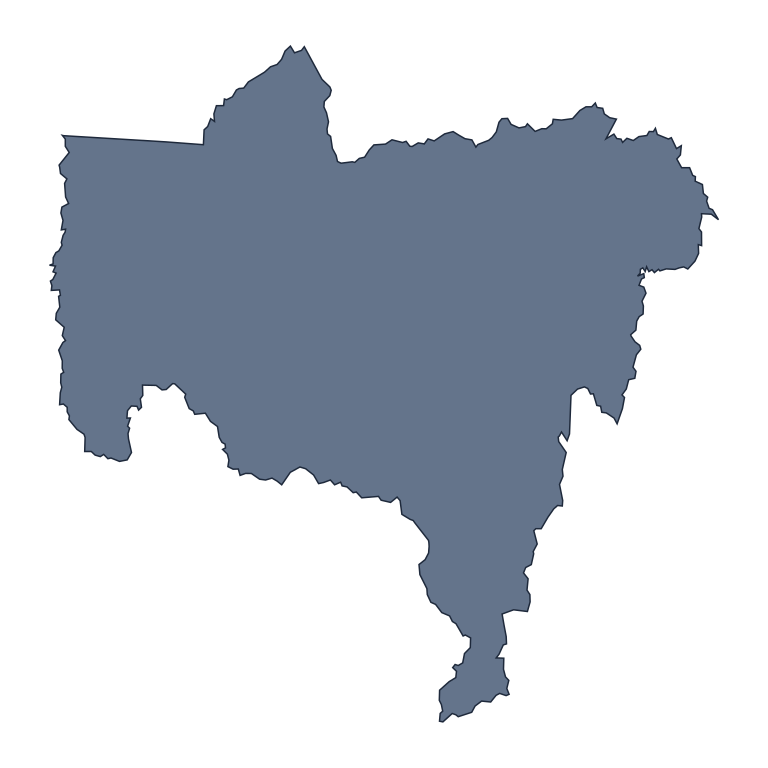 outline of Utuado, Puerto Rico
{"feature_id": "32010507B18801000784875", "entity_name": "Utuado", "entity_type": "district", "adm_level": 2, "iso_a3": "PRI", "parent_name": "Puerto Rico", "parent_adm1": "", "projection": "equal_earth", "projection_center": [-66.695, 18.25], "detail": "fine", "context": "isolated", "style": "filled", "palette": "slate", "viewbox_px": 768, "rotation_deg": 0, "n_neighbors": 0, "source": "geoboundaries", "source_scale": "gbopen_adm2", "svg_char_len": 5005}
<svg xmlns="http://www.w3.org/2000/svg" viewBox="0 0 768 768"><path d="M616.4,119.1L609.7,117.7L604.3,113.9L602.7,108.3L597.1,107.5L595.3,103.0L591.7,106.8L586.0,106.8L579.9,110.5L572.6,118.6L561.5,120.1L553.2,119.3L552.4,123.8L546.2,128.8L541.8,128.7L535.1,131.4L527.4,123.8L525.5,126.6L519.0,127.9L511.1,124.4L507.6,118.4L501.9,118.7L499.0,122.2L496.3,131.9L492.1,137.5L488.7,140.3L477.9,144.5L475.9,147.1L471.9,139.9L465.0,138.7L458.7,135.1L453.1,131.6L444.6,133.9L434.2,140.9L428.0,138.9L424.2,144.0L423.8,143.8L418.2,142.9L412.1,146.5L409.8,146.2L406.1,141.3L402.6,142.5L392.0,139.8L385.5,144.1L373.9,144.9L369.3,149.9L364.6,157.2L359.3,158.4L354.8,162.4L352.3,161.8L341.1,163.2L337.5,161.5L336.1,155.4L332.4,148.5L330.6,136.4L327.5,133.9L327.0,129.0L328.5,121.8L326.5,112.8L323.9,107.0L324.3,101.5L329.8,95.6L331.2,90.3L329.9,87.0L322.0,79.4L304.3,46.7L301.5,50.4L294.5,52.8L290.4,46.1L285.1,51.0L281.6,59.3L277.1,64.5L270.5,66.8L264.5,72.2L248.4,81.9L243.7,88.1L239.1,88.5L236.4,90.0L232.4,96.8L226.7,99.7L224.4,99.0L223.6,105.6L216.4,105.7L213.9,113.9L214.5,121.4L210.7,118.7L207.7,126.5L204.1,129.8L203.4,144.7L166.1,141.9L143.6,140.5L141.5,140.4L63.7,135.7L62.4,135.4L65.3,139.1L65.3,146.3L69.2,152.5L59.1,165.1L59.7,167.4L60.5,173.5L66.9,178.9L64.6,183.4L65.6,197.0L68.6,203.5L61.9,207.1L60.9,213.0L63.0,220.4L61.3,229.9L65.6,229.2L65.1,232.2L63.1,235.3L61.3,242.4L62.1,245.2L58.8,250.9L55.9,252.6L53.2,257.7L53.1,263.9L49.5,265.2L55.5,266.1L53.0,271.8L56.1,273.1L52.8,279.5L50.4,281.1L51.9,285.6L51.3,290.4L59.5,289.9L60.4,295.3L58.6,296.3L59.8,307.2L56.3,313.3L55.7,319.8L64.2,327.3L62.3,335.6L65.5,340.6L62.9,342.5L58.7,350.1L62.3,360.8L62.2,368.3L63.7,372.3L60.9,374.1L60.7,382.8L61.8,387.2L60.3,392.7L59.6,404.7L63.4,404.0L67.2,407.3L67.2,411.8L69.4,415.9L68.9,419.6L77.0,429.4L84.0,434.2L85.1,437.5L84.7,451.5L91.3,451.5L95.1,455.1L100.3,456.6L103.7,454.4L107.9,458.7L111.0,458.0L119.5,461.4L127.2,459.9L131.5,452.5L128.5,438.9L128.0,433.6L129.6,428.2L127.6,426.2L130.4,418.0L126.9,418.1L127.5,410.7L131.3,406.0L137.0,406.3L138.6,410.1L141.5,407.3L140.3,398.8L142.8,395.4L142.5,385.1L156.2,385.4L162.0,389.9L166.2,389.5L172.6,383.6L174.7,383.8L185.7,394.1L184.7,397.3L189.2,408.6L193.3,410.9L194.7,414.3L205.4,413.2L210.5,421.4L217.5,426.5L219.2,437.3L222.0,442.4L225.1,444.1L225.5,447.9L222.6,449.4L227.4,454.2L228.9,460.2L227.9,466.6L233.1,469.2L238.3,469.0L240.1,475.4L245.6,473.4L251.4,473.5L259.6,479.2L265.6,480.0L272.0,478.1L277.1,481.1L281.7,484.8L290.3,472.3L299.9,467.0L305.6,468.7L313.6,475.0L318.6,483.6L323.6,482.5L330.4,480.0L334.6,484.8L340.6,482.2L341.5,484.3L342.1,485.9L347.0,486.9L353.2,492.7L356.3,492.0L361.7,497.8L378.5,496.4L381.1,500.2L390.6,502.4L397.1,497.1L400.1,500.6L401.9,514.4L410.2,519.4L413.2,520.5L415.1,523.2L428.5,540.4L428.9,542.6L429.1,546.4L428.6,553.0L425.1,559.7L419.0,564.5L419.9,574.6L426.9,588.6L427.3,594.6L430.9,602.3L435.6,604.4L441.8,612.6L449.6,615.9L452.4,621.5L456.0,623.7L463.1,636.0L465.3,635.0L470.6,637.9L470.3,647.6L464.5,653.5L462.7,662.9L458.2,665.5L455.1,664.5L452.7,667.6L456.5,671.3L455.8,677.6L449.2,681.6L439.6,690.2L439.3,700.3L441.4,704.6L442.7,711.2L440.2,713.4L439.5,721.2L442.9,721.9L452.2,713.5L455.9,714.8L458.2,716.7L471.7,712.3L475.1,706.0L481.6,701.1L490.7,702.0L496.1,695.3L499.7,693.4L506.1,695.6L509.1,694.3L506.8,688.5L508.8,680.4L505.5,676.9L503.5,669.3L503.8,658.2L496.2,657.9L499.1,654.1L503.3,644.9L506.5,643.9L506.2,636.6L504.0,625.0L502.1,614.0L513.6,609.8L527.4,611.5L530.1,601.9L529.9,594.6L527.0,590.1L528.1,578.8L523.5,572.9L525.7,567.5L531.3,564.6L533.7,553.8L533.2,551.6L537.2,544.0L533.8,530.7L535.8,528.7L541.2,528.7L548.0,517.1L553.8,508.8L557.6,505.5L562.3,506.0L562.7,500.5L559.5,484.4L563.0,476.2L562.3,469.5L566.2,452.5L558.7,441.6L558.2,437.0L559.4,435.9L561.5,432.0L567.1,440.7L569.5,434.0L571.0,395.3L577.5,389.1L584.4,386.9L587.8,388.5L590.5,394.0L593.4,393.8L596.8,405.4L600.6,406.2L601.8,412.3L606.3,412.9L614.0,418.0L617.1,423.8L622.4,408.7L624.5,397.5L622.0,394.9L626.3,389.0L628.7,379.7L634.8,378.3L636.0,371.3L633.0,367.2L636.4,354.8L640.8,349.2L639.7,345.4L635.0,341.8L631.1,336.1L630.7,334.7L635.9,330.1L636.7,321.1L639.2,316.6L643.1,314.0L643.4,306.0L642.0,301.2L646.0,293.2L643.8,287.1L639.0,285.3L641.5,279.0L644.3,277.6L643.8,273.6L637.5,276.1L640.2,273.2L640.4,269.3L642.8,267.9L645.2,271.5L646.6,266.8L648.9,271.6L652.0,269.7L654.4,272.6L658.5,269.3L659.9,270.9L666.2,268.9L675.0,269.4L679.1,267.9L683.7,266.9L687.8,269.0L695.0,261.1L698.6,253.4L698.3,244.6L701.6,245.6L701.5,232.0L698.9,228.6L701.7,217.1L701.5,213.7L711.3,214.2L718.5,219.7L712.5,209.7L709.1,208.3L706.6,201.1L707.7,197.2L703.4,193.5L702.4,184.5L695.2,181.2L695.4,176.6L692.7,175.4L689.6,167.7L681.6,167.7L676.8,159.0L680.4,154.9L681.3,145.7L676.5,148.6L671.3,137.7L668.4,139.0L657.3,134.5L655.4,128.3L653.4,131.6L649.2,131.5L646.9,135.5L638.9,136.6L633.3,140.5L626.9,138.3L622.6,142.4L621.0,139.1L616.8,138.6L613.9,134.1L606.0,138.8L616.4,119.1Z" fill="#64748b" stroke="#1e293b" stroke-width="1.5"/></svg>